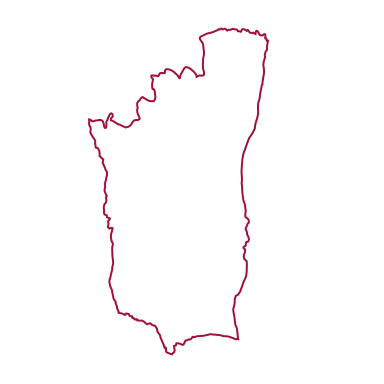 Dekemhare, Debub, Eritrea (Equal Earth projection), rotated 353°
{"feature_id": "51966322B31407938426856", "entity_name": "Dekemhare", "entity_type": "district", "adm_level": 2, "iso_a3": "ERI", "parent_name": "Eritrea", "parent_adm1": "Debub", "projection": "equal_earth", "projection_center": [39.033, 15.089], "detail": "fine", "context": "isolated", "style": "outline", "palette": "rose", "viewbox_px": 384, "rotation_deg": 353, "n_neighbors": 0, "source": "geoboundaries", "source_scale": "gbopen_adm2", "svg_char_len": 5991}
<svg xmlns="http://www.w3.org/2000/svg" viewBox="0 0 384 384"><g transform="rotate(353 192 192)"><path d="M104.4,302.9L105.5,303.4L107.1,303.8L108.5,304.5L110.0,305.7L110.4,305.8L110.9,305.6L110.9,305.2L111.3,304.7L112.2,304.6L114.4,305.4L114.8,306.5L114.8,307.1L115.6,307.7L116.8,307.9L117.5,308.2L117.3,309.4L117.6,309.9L118.4,309.9L118.8,310.2L119.6,311.6L120.2,311.6L121.1,311.3L121.9,311.8L122.0,312.8L123.1,312.8L124.7,313.4L126.6,313.5L128.4,314.7L130.6,317.3L131.4,317.8L133.7,317.2L134.3,317.2L134.8,317.4L136.3,319.3L139.1,320.3L140.6,323.5L140.6,325.6L141.2,327.6L142.5,329.5L142.9,331.0L143.0,332.3L143.3,333.7L145.3,340.4L145.8,343.3L146.8,343.1L147.1,343.7L146.9,345.4L146.9,347.4L147.4,348.1L150.7,350.0L152.4,350.7L153.1,349.8L154.1,349.2L155.0,348.4L155.5,347.2L155.3,343.1L155.4,342.6L157.2,342.3L157.7,341.4L158.0,340.4L158.5,340.2L161.9,341.2L163.8,342.6L164.6,342.5L165.2,342.1L167.5,338.6L169.1,338.6L170.5,337.9L172.4,338.1L173.1,337.8L174.0,337.0L174.9,335.8L176.2,336.3L179.4,335.8L186.0,336.1L192.9,335.4L202.9,337.6L205.5,338.9L209.7,339.6L213.0,341.0L217.5,343.5L218.9,343.4L220.0,343.7L219.8,342.0L220.0,333.7L219.9,332.6L218.9,329.6L218.8,324.7L218.9,321.5L218.5,315.7L218.7,313.2L220.7,307.9L221.3,304.1L222.1,301.8L223.0,300.3L223.7,300.2L225.4,299.3L227.2,297.3L227.8,296.5L232.0,288.1L235.1,282.8L235.7,281.4L236.5,278.0L236.9,275.6L237.6,270.8L237.8,268.1L237.8,267.3L235.7,264.7L235.5,262.1L235.8,260.9L237.0,258.7L237.4,257.6L237.7,255.8L237.5,255.2L236.5,254.3L236.3,253.8L236.3,253.3L236.6,252.7L238.6,251.9L238.9,251.5L239.2,249.4L239.6,248.5L240.4,248.2L241.4,248.2L241.8,247.8L242.6,246.5L242.8,245.4L242.7,244.5L242.3,242.9L241.5,240.6L241.7,238.9L241.1,236.6L240.8,234.6L242.6,232.0L243.2,230.5L243.7,229.9L244.4,229.6L244.8,228.9L244.8,227.9L244.7,226.4L244.4,225.7L242.3,223.6L242.0,223.2L242.0,221.6L242.3,220.3L242.6,218.6L243.0,217.8L243.0,213.8L242.9,210.2L242.4,208.7L242.0,206.1L241.9,198.6L242.4,192.3L242.3,189.6L242.8,187.4L243.2,185.0L243.6,177.9L245.2,169.4L246.1,165.5L246.8,162.9L247.6,160.6L248.6,158.3L249.6,156.8L250.7,154.3L255.1,145.7L259.7,140.4L260.8,138.5L262.1,136.7L262.5,134.7L263.3,131.9L266.1,125.7L267.1,122.3L267.4,120.9L267.8,115.6L268.5,112.1L270.7,106.7L271.5,103.2L273.0,98.4L273.5,97.4L274.0,95.4L274.4,94.5L275.0,93.9L275.3,92.1L276.3,88.1L277.8,83.5L278.3,80.7L278.2,79.7L278.4,77.2L278.2,74.9L278.9,71.8L281.0,67.1L281.0,66.4L280.8,65.6L281.7,62.7L282.1,61.8L283.8,59.9L284.1,56.7L285.8,51.2L284.9,51.2L284.6,51.0L284.7,49.3L284.4,48.6L283.6,48.7L283.4,48.4L283.4,47.8L284.0,45.9L283.8,44.6L283.5,44.2L282.8,44.1L281.1,45.2L279.1,44.8L278.2,44.1L276.9,40.7L276.0,39.9L275.2,40.1L274.8,40.9L274.3,43.0L273.9,42.8L272.1,41.2L271.2,41.5L269.5,41.2L269.0,41.0L268.3,40.1L267.5,38.2L266.9,38.0L266.4,38.7L265.7,38.7L265.0,37.8L263.7,36.9L262.9,36.7L262.1,36.5L261.5,36.7L261.0,37.3L260.4,38.7L259.9,38.9L259.0,38.3L257.5,38.2L257.1,38.0L256.6,36.7L255.8,36.0L254.3,35.8L252.6,35.0L249.9,35.7L247.7,35.5L246.6,36.0L245.3,34.3L244.8,34.0L244.2,33.9L242.4,34.4L240.9,33.3L239.1,34.2L238.4,33.7L237.9,33.7L237.1,34.4L231.4,36.1L229.2,36.2L225.8,36.7L220.2,38.6L219.4,39.0L218.7,39.7L218.5,40.7L218.6,41.5L220.7,45.5L221.0,46.9L220.9,55.6L220.6,57.1L219.2,61.4L218.7,65.1L218.3,66.7L218.1,70.2L218.1,71.6L218.4,73.8L218.4,75.7L218.1,77.1L217.9,77.4L217.1,77.7L216.2,77.7L213.2,77.2L211.8,77.9L210.6,78.2L210.5,76.1L208.6,73.0L205.4,69.5L202.7,67.7L201.1,67.3L200.1,67.7L199.3,68.4L195.8,73.1L194.6,74.9L193.9,77.3L193.7,77.5L193.3,77.5L191.6,74.0L190.0,72.3L189.2,71.1L186.7,68.9L184.3,67.6L181.8,67.0L180.8,67.2L180.0,68.3L179.8,69.9L179.4,70.5L178.2,70.7L176.9,70.1L175.3,70.1L174.6,70.3L172.9,72.6L172.5,72.9L171.5,72.7L170.4,72.0L168.6,72.0L167.4,71.5L166.0,71.4L165.6,72.5L165.7,73.1L167.0,75.3L167.0,75.6L165.6,79.8L165.2,83.6L165.3,84.5L165.6,85.0L166.5,85.2L166.8,85.6L167.1,86.5L167.3,88.3L167.2,93.3L166.9,94.7L166.5,95.5L165.8,96.5L165.1,97.2L161.4,96.7L159.6,95.8L154.3,91.7L152.5,92.9L151.1,94.8L149.7,95.4L148.4,97.1L148.1,99.1L148.4,101.6L147.6,103.6L147.4,105.6L147.8,108.3L148.9,111.7L149.0,112.8L148.9,113.1L147.6,113.9L144.5,113.7L142.9,114.1L141.1,115.8L139.8,117.7L137.9,119.0L136.4,119.6L133.9,119.8L128.2,116.2L126.7,115.7L123.8,113.1L121.8,111.7L120.6,111.2L120.3,110.9L120.2,110.2L120.4,109.5L120.6,109.1L122.2,107.8L122.5,107.1L122.7,105.5L122.5,105.0L121.3,104.1L120.8,104.2L119.8,105.0L115.5,112.1L115.1,116.0L114.9,116.8L114.0,118.0L113.7,117.9L113.3,117.5L112.8,116.5L112.7,113.9L112.4,112.0L112.1,111.0L111.1,109.9L110.4,109.5L108.7,109.2L106.8,109.4L104.9,109.3L103.6,109.7L101.5,109.7L100.4,108.3L98.7,107.4L98.6,107.9L98.6,109.8L98.2,111.1L98.2,111.7L98.3,113.7L99.0,114.9L99.2,116.3L99.2,117.3L98.6,119.4L98.4,121.1L100.1,125.0L101.9,128.5L102.2,130.2L101.8,131.5L101.8,132.1L101.9,136.0L102.2,136.4L103.7,136.8L104.2,137.7L104.5,139.0L104.9,139.7L105.1,140.9L104.7,145.3L105.6,146.0L106.1,147.1L106.8,147.6L107.6,148.7L107.9,148.8L107.5,150.4L107.0,151.3L106.9,152.3L107.8,154.6L108.0,155.8L108.7,157.9L108.9,159.3L109.9,161.4L110.0,161.9L109.7,164.9L109.3,166.1L108.5,167.5L108.3,169.1L106.5,173.1L106.4,174.7L106.6,175.7L105.4,179.5L105.5,181.2L106.8,185.3L106.8,185.9L106.2,186.4L105.9,187.0L106.1,189.5L105.5,191.4L105.1,192.1L103.6,193.5L102.8,195.6L102.5,196.7L102.5,199.5L102.1,202.3L102.3,203.3L102.7,203.8L104.6,204.8L104.5,206.1L104.5,206.6L104.8,206.9L106.1,207.6L106.9,207.8L107.2,208.1L107.2,208.6L106.7,209.5L105.4,210.4L105.1,211.2L105.3,213.3L104.4,216.1L104.3,216.7L105.3,218.1L105.6,218.3L107.5,217.7L108.8,218.3L107.4,222.1L106.3,224.3L106.0,227.3L106.1,230.4L106.8,232.3L107.2,234.2L106.4,236.0L105.8,238.8L105.2,246.6L105.2,251.4L105.0,253.8L103.9,256.2L103.2,259.7L101.4,264.1L100.8,266.3L99.4,269.2L99.0,271.5L99.3,275.3L100.6,279.8L100.6,281.8L101.2,288.3L101.3,288.9L102.8,291.5L102.7,291.9L102.8,293.7L103.3,295.4L103.3,296.2L103.6,297.0L103.4,298.5L103.8,299.2L104.4,301.1L104.6,301.9L104.4,302.9Z" fill="none" stroke="#9f1239" stroke-width="2"/></g></svg>